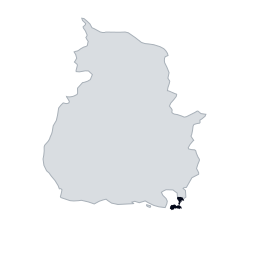 location of Preah Sihanouk, Krong Preah Sihanouk, Cambodia, rotated 291°
{"feature_id": "14789045B14640150427480", "entity_name": "Preah Sihanouk", "entity_type": "district", "adm_level": 2, "iso_a3": "KHM", "parent_name": "Cambodia", "parent_adm1": "Krong Preah Sihanouk", "projection": "robinson", "projection_center": [103.359, 10.662], "detail": "fine", "context": "in_parent", "style": "filled", "palette": "ink", "viewbox_px": 256, "rotation_deg": 291, "n_neighbors": 0, "source": "geoboundaries", "source_scale": "gbopen_adm2", "svg_char_len": 5364}
<svg xmlns="http://www.w3.org/2000/svg" viewBox="0 0 256 256"><g transform="rotate(291 128 128)"><path d="M213.9,45.5L214.4,47.6L213.0,51.6L211.5,55.2L208.7,58.4L208.6,60.8L207.7,67.7L208.0,69.9L208.7,71.8L209.6,72.9L212.1,79.7L214.4,85.9L216.6,91.0L217.0,94.2L215.0,102.4L212.7,109.9L212.9,113.6L213.9,117.3L215.0,122.3L215.4,128.7L214.9,132.9L213.8,135.4L211.8,138.1L210.0,139.4L207.9,137.2L206.2,137.1L203.9,137.8L202.1,138.8L198.5,142.7L194.4,146.5L188.8,147.4L186.7,150.2L184.3,150.6L179.9,150.8L177.0,151.4L177.2,152.8L176.9,159.5L177.0,161.1L176.6,161.5L174.6,161.7L171.2,160.7L166.6,159.0L163.3,158.8L161.6,161.7L160.6,162.8L159.4,163.0L158.1,163.5L157.7,164.8L157.6,166.4L158.2,169.2L158.4,173.6L158.3,176.6L159.5,178.5L166.5,184.9L168.6,186.5L168.8,187.4L167.6,190.9L168.7,195.8L166.5,195.7L162.8,193.6L161.1,192.3L159.0,193.3L158.2,193.1L156.8,190.7L154.9,188.3L153.0,188.1L148.9,189.1L144.7,189.8L143.1,189.7L142.5,190.2L140.0,193.8L139.0,193.2L134.8,191.8L131.0,191.3L130.2,192.2L130.6,195.2L131.5,198.1L131.0,199.4L128.9,200.9L126.1,203.6L124.4,205.8L123.2,206.3L119.0,206.2L114.7,206.5L113.0,208.5L111.4,210.1L110.1,210.5L104.5,205.5L93.5,203.8L92.3,201.6L91.3,201.1L90.3,204.0L84.2,206.8L81.7,205.1L79.9,203.1L80.1,200.6L81.9,198.6L84.9,197.2L86.3,192.1L84.0,185.6L82.0,183.7L79.9,182.2L77.6,184.7L75.8,188.8L73.8,190.9L71.1,191.4L67.0,191.2L65.5,185.1L65.0,179.8L65.5,173.8L66.1,170.2L62.3,165.3L62.0,160.6L60.2,158.2L59.6,159.4L59.7,160.7L59.1,159.7L53.0,146.0L52.0,139.6L53.1,134.7L53.7,133.1L51.9,130.5L49.4,127.5L45.0,123.7L44.8,117.6L43.8,110.4L42.5,108.0L40.5,103.6L39.4,99.9L39.0,90.3L39.6,89.5L42.7,89.2L46.7,88.5L47.3,86.9L46.6,85.7L49.1,83.5L52.8,78.7L55.6,73.6L57.7,70.5L58.9,67.3L63.0,62.9L68.6,59.8L72.5,59.1L76.5,58.0L80.3,56.5L82.1,56.4L86.9,58.2L89.5,58.7L92.2,58.6L95.0,58.8L97.4,58.6L103.2,57.4L109.4,58.4L114.9,57.6L121.8,56.1L125.1,57.1L128.2,58.5L128.6,61.5L129.3,62.8L130.3,63.8L131.7,63.8L133.4,61.8L134.9,59.7L135.4,59.3L135.4,60.3L136.2,62.6L137.5,64.9L138.8,66.4L141.0,68.4L142.4,68.5L147.1,66.6L154.1,69.3L154.9,70.7L157.2,73.5L159.7,75.5L165.1,75.6L167.1,70.7L166.1,67.7L163.0,62.5L162.1,59.4L163.1,58.9L168.4,58.3L169.2,57.7L170.4,54.3L171.8,54.7L174.8,55.1L177.9,52.8L179.7,50.4L180.7,51.5L181.8,53.2L183.0,54.2L185.2,55.6L187.7,57.7L189.2,59.7L190.4,60.5L193.6,59.9L194.4,60.0L196.2,57.6L197.5,56.2L198.6,56.6L200.1,56.6L203.4,53.4L205.3,50.6L206.3,49.8L209.2,51.2L210.4,51.0L212.1,47.0L213.9,45.5ZM63.4,176.9L62.8,177.3L62.2,177.3L61.7,176.7L61.7,174.5L62.1,173.2L63.1,172.9L63.4,176.9ZM72.6,198.7L71.4,200.2L69.4,197.1L69.4,196.3L72.6,198.7Z" fill="#d9dde1" stroke="#a8b0b8" stroke-width="1"/><path d="M81.4,201.1L81.2,200.9L81.1,200.7L81.0,200.3L81.0,200.0L81.0,199.7L80.9,199.6L80.3,199.6L80.2,199.7L80.3,199.7L80.2,199.9L80.1,200.1L79.9,200.2L79.7,200.3L79.6,200.6L79.4,200.7L79.5,200.7L79.5,200.8L79.4,201.2L79.3,201.3L79.2,201.5L79.2,201.4L78.9,201.5L78.7,201.9L78.7,202.1L78.5,202.3L78.4,202.4L78.5,202.5L78.8,202.9L78.8,203.0L78.9,202.9L79.0,202.9L79.3,203.0L79.5,203.0L79.9,203.4L80.2,203.8L80.5,204.3L80.7,204.8L80.8,204.9L80.9,204.7L80.8,204.8L80.8,204.7L80.8,204.4L81.1,204.2L81.1,203.9L80.9,203.8L80.9,203.7L81.0,203.7L80.9,203.6L81.0,203.5L81.1,203.4L81.1,203.5L81.4,203.4L81.5,203.5L81.8,203.6L81.9,203.4L81.9,203.2L81.7,203.0L81.7,202.0L81.7,201.8L81.6,201.7L81.4,201.3L81.4,201.1ZM69.7,196.4L69.7,196.5L69.5,196.8L69.4,196.9L69.2,196.9L68.8,196.8L68.8,196.7L68.7,196.7L68.4,196.7L68.4,196.8L68.3,197.2L68.3,197.4L68.2,197.7L68.1,197.8L68.0,198.0L68.3,198.1L68.4,197.9L68.5,197.9L68.5,198.0L68.6,197.9L68.7,198.1L68.7,198.3L68.7,198.5L68.8,198.6L68.7,198.7L68.7,198.8L68.8,198.9L68.9,199.0L69.0,199.2L69.2,199.3L69.4,199.3L69.5,199.3L69.6,199.2L69.8,199.1L70.1,199.1L70.4,199.5L70.5,200.1L70.6,200.4L70.6,200.6L70.6,201.1L70.8,201.3L71.0,201.2L71.1,200.9L71.1,200.7L71.3,200.6L71.2,200.5L71.3,200.4L71.4,200.2L71.5,200.1L71.8,200.1L71.9,200.3L72.0,200.1L72.2,199.9L72.3,199.9L72.4,199.7L72.5,199.5L72.5,199.4L72.5,199.2L72.3,198.9L72.3,199.0L72.2,199.1L72.1,199.4L71.9,199.4L71.7,199.3L71.7,199.2L71.9,199.1L71.8,198.9L71.7,198.7L71.5,198.4L71.4,198.4L71.4,198.5L71.2,198.6L70.9,198.7L70.7,198.6L70.7,198.4L70.4,198.2L70.5,198.0L70.5,197.9L70.5,197.6L70.6,197.3L70.4,197.2L70.3,196.9L70.5,196.8L70.6,196.6L70.4,196.6L70.2,196.5L70.0,196.4L69.9,196.4L69.7,196.4ZM72.6,202.4L72.4,202.3L72.3,202.5L72.2,202.6L71.9,202.6L71.8,202.4L71.5,202.6L71.4,202.7L71.3,202.8L71.4,203.3L71.5,203.8L71.7,204.1L71.9,204.1L71.9,204.3L71.8,204.5L72.0,204.5L72.2,204.8L72.3,204.8L72.5,205.2L72.4,205.2L72.4,205.3L72.5,205.5L72.8,205.4L72.8,205.5L72.9,205.4L72.8,205.2L72.9,204.9L72.9,204.6L73.0,204.6L73.2,204.4L73.3,204.3L73.3,204.2L73.2,204.0L73.2,203.9L73.2,203.7L73.0,203.9L73.0,204.1L72.8,204.3L72.7,204.3L72.5,204.2L72.3,204.1L72.2,203.9L72.2,203.7L72.3,203.7L72.2,203.5L72.2,203.4L72.1,203.2L72.5,203.1L72.8,203.0L72.8,202.9L72.7,202.8L72.6,202.6L72.6,202.4L72.6,202.4ZM78.1,202.1L77.9,202.1L77.9,201.9L77.9,202.1L78.0,202.4L78.3,202.3L78.3,202.2L78.2,202.0L78.1,202.1ZM76.1,202.7L75.9,202.7L75.7,202.9L75.8,202.9L76.0,202.8L76.4,202.9L76.3,202.7L76.2,202.7L76.1,202.7ZM72.1,202.0L72.1,201.9L71.9,201.9L71.9,202.2L72.0,202.3L72.1,202.2L72.1,202.0ZM80.1,205.0L80.2,204.9L80.1,205.0L80.1,205.0ZM70.8,197.3L70.8,197.2L70.7,197.2L70.7,197.3L70.8,197.3Z" fill="#0f172a" stroke="#020617" stroke-width="1.5"/></g></svg>